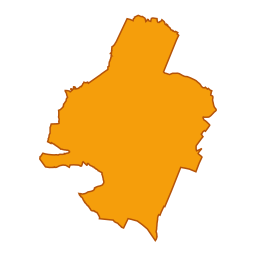 Xochitlán Todos Santos, Puebla, Mexico (Albers equal-area conic projection)
{"feature_id": "50627088B34360163600394", "entity_name": "Xochitlán Todos Santos", "entity_type": "district", "adm_level": 2, "iso_a3": "MEX", "parent_name": "Mexico", "parent_adm1": "Puebla", "projection": "albers", "projection_center": [-97.79, 18.694], "detail": "fine", "context": "isolated", "style": "filled", "palette": "amber", "viewbox_px": 256, "rotation_deg": 0, "n_neighbors": 0, "source": "geoboundaries", "source_scale": "gbopen_adm2", "svg_char_len": 5621}
<svg xmlns="http://www.w3.org/2000/svg" viewBox="0 0 256 256"><path d="M155.3,240.6L156.2,239.3L156.5,238.5L156.6,238.0L157.0,236.8L157.0,236.5L156.7,236.1L156.9,235.4L156.8,234.8L156.7,233.6L156.3,232.1L156.1,232.0L156.1,231.2L156.5,229.9L156.6,229.2L156.7,227.7L156.6,227.4L156.8,226.6L156.8,225.9L156.9,225.5L157.0,223.3L157.6,219.5L157.6,218.1L157.8,217.0L158.2,215.7L158.9,214.6L160.0,215.2L161.1,212.3L163.9,206.3L164.8,206.7L171.4,190.9L180.7,167.4L184.8,168.1L189.4,169.1L195.9,171.8L199.1,163.3L202.0,157.1L201.2,156.2L198.8,154.3L198.1,153.5L199.0,151.9L201.8,148.5L199.0,149.9L196.6,150.8L196.3,149.9L196.1,149.1L196.1,147.5L196.1,146.2L196.4,145.4L201.5,138.5L203.0,136.7L202.3,135.9L201.7,134.6L201.3,134.3L201.3,134.0L201.9,133.5L202.7,132.0L204.4,130.6L205.4,131.3L207.6,128.4L209.7,125.4L209.6,124.8L206.8,122.0L205.4,120.8L204.0,120.0L203.0,117.8L203.3,117.0L204.3,117.2L206.8,117.2L208.4,117.1L209.3,116.8L211.0,115.5L214.4,111.9L215.5,111.1L216.1,110.4L216.2,110.0L216.1,109.5L215.9,109.0L214.6,107.5L214.4,107.1L214.0,106.3L213.5,104.5L213.2,102.9L212.7,100.9L212.6,99.7L212.6,99.2L212.8,98.4L212.9,97.7L212.9,96.8L212.7,96.3L212.5,96.0L211.8,95.7L211.3,95.3L210.9,95.3L210.7,95.1L210.8,93.8L211.1,93.5L211.0,93.1L212.0,90.2L211.2,91.0L208.3,88.4L207.4,89.1L205.3,87.2L204.7,87.8L203.0,87.7L201.5,86.5L200.5,84.8L199.5,83.6L198.1,82.5L196.1,80.7L194.5,79.8L190.7,78.0L187.2,76.6L185.2,76.5L184.1,76.2L182.0,75.2L181.7,75.0L179.2,73.6L177.5,73.2L175.3,73.3L172.6,73.3L171.0,73.9L169.8,74.5L169.4,74.5L166.2,73.4L164.8,73.1L163.5,71.9L176.6,39.6L178.7,35.3L177.1,33.9L177.8,32.6L175.6,31.4L175.1,31.9L172.8,30.9L172.9,30.5L170.9,29.8L170.0,27.9L167.6,26.0L167.8,25.3L166.9,24.5L166.9,25.3L165.2,24.3L164.6,22.5L164.1,21.6L161.9,19.7L161.1,21.1L159.7,21.7L159.5,22.4L157.9,22.4L157.5,21.4L157.3,21.3L157.1,19.6L157.0,18.6L152.8,18.0L151.4,18.4L150.9,20.4L150.7,21.4L148.9,20.8L148.6,20.6L148.4,19.6L147.3,19.4L146.7,20.9L145.8,21.6L145.0,18.3L142.4,16.5L141.3,16.6L140.6,16.4L138.4,15.4L137.9,15.5L134.5,17.2L134.6,17.6L134.4,18.2L133.4,18.9L133.1,20.7L130.3,19.5L127.1,18.7L116.2,41.8L115.2,43.3L114.4,44.9L113.7,45.3L113.5,45.7L113.1,46.1L112.0,46.7L111.6,50.6L111.8,50.7L111.6,51.1L111.5,52.6L111.4,52.6L111.2,53.0L110.6,53.1L110.5,53.3L111.4,53.2L111.2,55.1L111.4,55.1L111.4,55.5L111.6,55.7L111.4,55.7L111.3,56.0L111.2,55.9L111.1,56.5L111.2,57.0L110.7,58.0L110.7,58.8L110.2,59.6L110.2,60.2L109.3,62.0L109.1,63.9L109.1,65.0L108.9,66.3L107.9,66.8L107.9,69.4L101.2,74.1L101.0,74.4L88.3,83.3L87.8,82.5L87.8,82.2L87.6,82.1L87.1,82.2L86.7,82.6L86.0,82.8L85.5,82.7L83.9,82.2L83.7,82.9L82.8,83.9L82.3,85.1L81.9,85.7L81.5,86.0L81.4,86.6L80.6,86.5L80.3,86.6L79.3,87.7L78.8,87.9L78.6,88.3L76.6,88.8L75.6,88.9L75.7,88.5L75.6,88.0L75.3,88.0L75.3,87.8L75.2,87.3L74.8,86.9L73.6,86.8L73.5,87.4L74.0,88.1L73.8,88.8L73.3,88.5L72.5,89.9L71.3,88.8L70.9,88.8L70.8,89.3L71.8,90.3L70.6,91.7L70.4,91.8L69.7,91.6L69.5,91.1L67.3,90.6L65.2,90.5L65.2,91.1L66.4,93.3L66.9,95.5L67.6,97.3L67.3,97.8L66.6,98.3L66.3,99.3L66.1,100.9L65.5,101.6L63.8,104.2L63.6,104.2L63.5,105.4L63.2,106.2L63.4,106.4L63.1,106.9L62.5,107.6L61.6,108.4L60.4,109.6L58.6,110.3L58.8,111.9L58.8,114.3L58.7,116.6L58.5,116.9L59.2,119.1L58.8,121.5L59.0,121.5L59.0,123.4L57.6,123.8L51.2,124.0L50.5,126.6L50.1,127.3L50.1,133.2L49.3,134.6L49.0,136.0L49.0,137.2L48.2,138.7L48.2,139.1L48.4,139.4L47.6,141.7L49.0,142.4L51.0,143.5L51.4,142.7L53.6,144.0L54.3,144.2L54.4,144.3L54.4,144.5L54.9,144.9L55.7,145.3L56.2,145.8L57.3,146.4L58.8,147.6L60.2,148.5L60.5,149.1L62.0,149.2L63.0,149.6L63.8,149.7L64.6,149.9L65.2,149.9L66.8,150.2L67.9,150.2L68.9,150.9L68.9,151.0L69.5,151.3L69.5,152.1L68.7,152.8L67.9,153.1L67.2,153.1L65.9,153.5L65.3,153.6L64.5,153.5L64.6,154.1L62.7,154.3L62.2,154.4L60.8,154.3L59.3,154.4L58.8,154.7L58.6,154.9L57.0,154.9L56.5,154.7L54.4,154.9L52.0,154.8L48.1,154.4L45.2,153.9L42.9,153.2L40.5,156.7L40.1,156.7L39.8,158.9L39.9,159.2L45.5,166.9L49.4,167.5L54.1,167.4L54.3,166.9L55.3,167.4L56.5,167.3L59.8,165.7L63.1,165.0L64.2,165.2L65.4,165.2L66.3,165.6L69.3,167.3L70.1,165.0L73.6,164.8L76.7,165.0L78.6,165.1L80.1,165.7L80.3,166.1L81.5,166.0L82.0,164.7L82.4,163.6L82.4,162.9L82.7,162.2L83.2,161.8L86.7,165.2L87.2,165.0L87.5,163.5L88.2,163.5L90.1,165.4L92.3,166.3L92.9,166.9L93.4,166.9L93.6,166.9L94.3,167.4L94.3,167.8L95.0,168.1L95.8,168.7L95.8,168.8L96.1,168.8L96.6,169.3L97.3,169.6L98.3,170.8L98.6,170.7L99.7,171.5L101.9,172.6L102.0,173.1L101.9,174.3L102.2,174.8L102.6,176.2L103.2,178.8L103.2,179.3L103.4,180.2L103.6,180.4L103.9,182.1L103.7,182.9L102.5,184.8L101.6,185.3L100.1,185.9L97.9,186.4L95.9,187.2L95.8,187.5L95.3,187.5L95.0,187.9L94.6,187.9L94.4,188.1L94.4,189.1L94.3,189.5L93.4,190.3L93.0,190.6L91.2,191.3L88.2,191.9L87.6,192.1L86.5,192.9L85.2,193.5L82.3,194.1L81.5,193.8L80.8,193.9L80.7,193.8L80.6,193.7L80.2,194.0L79.9,193.8L79.6,193.6L79.0,193.5L79.4,194.3L79.3,194.7L79.9,195.4L80.2,195.5L80.4,195.7L80.7,196.0L80.6,196.6L81.4,196.9L82.5,198.1L83.3,200.0L83.8,200.7L84.4,201.8L84.9,202.1L84.8,202.5L85.0,202.7L86.3,204.0L86.6,204.5L87.1,205.2L87.9,205.5L88.1,205.9L88.1,206.1L88.2,206.3L88.7,206.4L88.8,206.5L88.9,207.0L89.7,208.2L90.2,208.5L90.5,209.6L91.3,210.4L91.6,210.6L93.0,210.9L93.3,210.9L93.6,210.7L93.8,210.9L94.0,210.8L94.3,211.0L94.8,211.6L95.0,211.7L95.4,211.6L96.1,212.3L96.7,212.6L96.9,212.5L97.1,212.5L99.3,216.5L99.6,217.5L99.4,218.7L113.2,220.1L114.0,221.1L114.3,221.6L116.3,222.7L117.5,223.1L118.1,223.6L118.6,224.3L120.5,226.0L120.8,226.4L121.2,226.6L121.4,227.1L122.5,227.6L123.6,228.0L128.1,218.6L131.5,219.4L137.3,221.0L142.2,224.6L147.4,229.0L155.3,240.6Z" fill="#f59e0b" stroke="#b45309" stroke-width="1.5"/></svg>